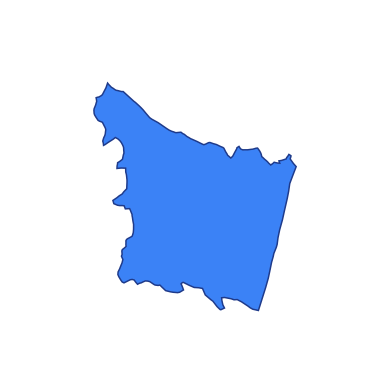 outline of Telafar, Ninawa, Iraq, rotated 152°
{"feature_id": "34846034B27680259981934", "entity_name": "Telafar", "entity_type": "district", "adm_level": 2, "iso_a3": "IRQ", "parent_name": "Iraq", "parent_adm1": "Ninawa", "projection": "mercator", "projection_center": [42.455, 36.523], "detail": "fine", "context": "isolated", "style": "filled", "palette": "blue", "viewbox_px": 384, "rotation_deg": 152, "n_neighbors": 0, "source": "geoboundaries", "source_scale": "gbopen_adm2", "svg_char_len": 3927}
<svg xmlns="http://www.w3.org/2000/svg" viewBox="0 0 384 384"><g transform="rotate(152 192 192)"><path d="M232.4,320.3L233.1,318.1L233.8,316.5L234.6,315.8L235.6,314.7L236.4,313.9L237.6,312.9L239.2,311.6L240.2,310.3L241.5,307.4L241.8,305.9L241.7,303.2L241.3,299.3L240.3,297.8L238.8,296.2L238.4,295.4L238.5,289.5L238.7,288.0L239.3,286.9L240.1,285.8L241.4,283.9L242.6,282.7L244.5,281.3L246.2,279.6L246.9,278.8L247.4,276.7L248.2,274.7L246.3,274.7L243.1,275.1L236.8,275.6L234.1,276.1L232.5,273.7L231.6,271.2L231.2,268.8L231.2,266.3L231.3,264.6L231.6,263.2L232.6,261.1L233.3,259.4L233.9,258.2L235.1,257.1L236.5,255.4L238.1,253.5L240.5,253.1L242.0,252.9L243.9,252.8L244.7,251.6L245.9,250.2L247.2,248.0L243.4,246.5L239.4,244.2L241.1,240.8L241.8,238.0L243.7,233.2L244.7,231.3L247.4,226.7L248.1,225.5L251.9,224.3L254.7,223.0L258.1,222.8L261.0,222.2L265.8,221.7L266.5,218.4L264.0,215.3L262.3,214.0L260.0,212.8L258.4,211.7L258.8,208.4L257.0,207.6L254.9,206.6L255.0,204.8L255.5,200.2L256.0,199.3L256.6,197.3L257.2,195.7L257.9,193.7L258.6,191.4L258.8,190.8L259.6,189.3L261.0,186.7L262.4,184.5L263.0,183.6L264.8,181.8L265.8,181.0L267.5,181.0L268.9,181.0L270.6,181.0L272.1,180.8L273.3,179.9L273.8,178.8L275.1,176.5L275.8,174.9L277.2,174.5L279.1,174.1L280.5,173.9L281.6,172.9L283.0,169.7L284.4,168.5L284.5,167.6L284.7,164.9L287.0,162.3L289.8,160.0L292.0,158.1L294.8,156.1L296.2,153.9L296.4,151.6L296.2,147.6L295.9,145.3L294.7,143.7L287.7,143.5L285.9,142.9L284.4,141.5L284.0,138.7L283.4,136.1L283.0,136.1L281.7,136.1L281.3,136.1L279.3,135.6L278.9,135.6L278.3,135.6L277.9,135.6L275.0,135.4L272.9,134.1L271.3,132.6L269.1,128.4L268.3,127.2L267.0,126.3L265.8,125.4L264.3,125.0L264.0,124.8L263.0,121.5L262.9,121.3L261.6,117.3L257.8,113.9L255.4,112.1L254.1,111.3L252.0,109.9L251.3,109.7L250.0,109.3L249.6,109.3L245.5,109.5L245.1,112.1L244.8,114.7L244.8,116.0L243.9,116.3L243.0,116.5L242.7,116.5L242.0,116.2L240.2,113.6L239.4,112.6L239.2,112.2L238.0,110.6L234.9,106.7L231.0,104.3L228.0,101.9L228.6,94.9L227.5,92.1L225.8,87.8L224.8,85.8L224.3,82.8L223.9,80.4L223.6,78.8L222.4,75.1L221.8,74.5L217.8,74.3L217.7,78.0L216.5,82.3L215.5,84.7L212.8,83.6L207.5,79.3L205.5,77.1L202.6,75.8L199.9,71.9L197.4,67.3L196.2,65.1L194.9,62.3L193.4,60.0L191.3,58.2L189.0,56.2L171.9,73.0L165.1,80.1L162.0,83.8L158.9,87.5L154.8,92.5L150.6,96.9L148.6,99.3L143.5,103.6L141.4,105.8L137.5,111.3L132.4,117.4L125.2,125.0L118.9,132.4L111.0,141.5L106.4,147.2L101.7,153.6L94.2,160.2L88.1,165.5L89.1,169.7L89.2,170.6L89.7,174.2L89.8,175.1L89.3,175.6L88.1,176.8L87.6,177.5L88.2,178.7L88.8,179.7L91.2,178.3L92.1,178.1L93.3,177.0L94.4,177.2L95.7,177.4L98.4,177.9L100.6,178.7L100.8,177.9L101.0,176.2L102.7,177.3L104.4,178.7L105.5,179.7L107.3,179.2L109.8,178.9L110.2,180.0L110.7,181.3L111.1,183.1L111.6,184.6L112.0,185.6L112.5,186.8L113.2,189.0L113.8,190.5L113.2,192.7L113.0,194.4L113.0,196.2L113.2,198.2L113.5,200.0L114.9,200.6L118.3,201.3L119.7,201.9L123.2,203.2L124.9,204.1L126.2,204.8L127.4,205.4L128.1,206.2L128.9,207.3L129.1,210.2L131.5,210.0L132.2,209.2L135.4,207.1L139.2,204.5L140.9,204.0L141.8,203.8L142.7,206.3L143.3,207.7L143.2,209.2L143.4,211.7L143.3,214.6L143.3,215.7L143.9,217.0L144.3,217.4L144.4,217.5L145.9,219.4L148.1,222.4L150.5,224.7L152.9,227.3L154.3,227.8L157.5,227.9L159.3,228.2L159.9,228.8L161.1,230.4L163.8,234.2L167.4,238.8L168.1,239.6L169.3,241.7L170.4,243.3L171.7,246.5L172.7,247.8L173.7,250.0L178.3,251.9L179.3,252.8L179.7,253.4L180.6,254.3L181.4,255.1L183.1,257.3L184.4,259.6L185.7,262.1L186.0,262.7L187.1,264.8L187.7,266.0L189.4,269.2L193.4,275.3L194.5,277.6L195.8,283.4L196.6,287.4L197.4,290.3L198.2,292.8L199.9,297.6L200.8,299.5L205.6,313.0L207.1,313.8L208.1,314.7L209.8,316.3L211.3,317.5L212.0,318.6L212.8,320.3L214.0,322.3L214.8,325.1L215.0,325.7L215.4,327.8L218.3,325.1L218.9,324.5L222.1,322.3L225.0,320.3L226.4,319.7L226.5,319.7L229.4,319.6L229.9,319.7L230.5,319.9L232.3,320.3L232.4,320.3Z" fill="#3b82f6" stroke="#1e3a8a" stroke-width="1.5"/></g></svg>